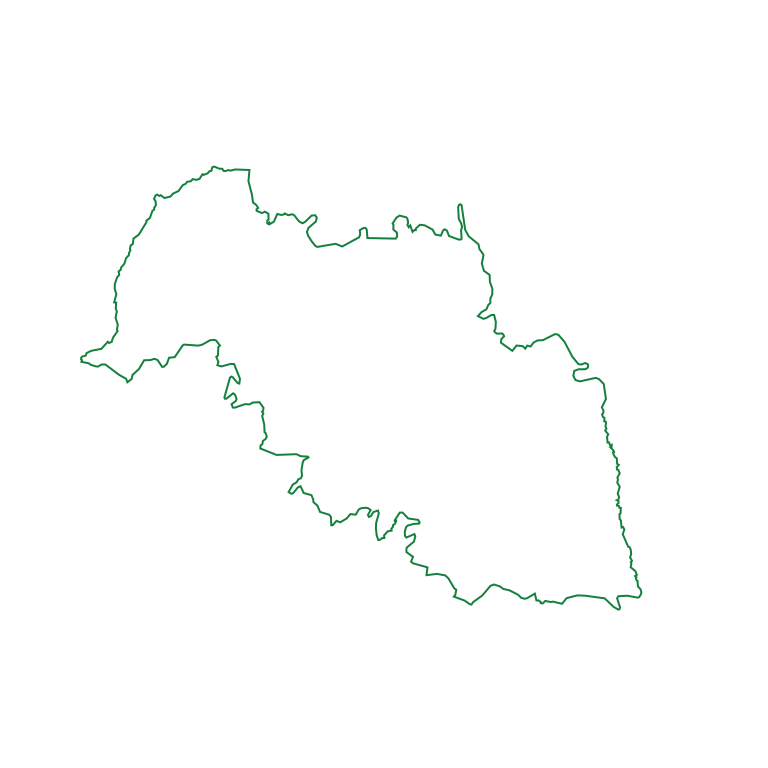 Feshi, Bandundu, Democratic Republic of the Congo, rotated 194°
{"feature_id": "63176286B93121803325272", "entity_name": "Feshi", "entity_type": "district", "adm_level": 2, "iso_a3": "COD", "parent_name": "Democratic Republic of the Congo", "parent_adm1": "Bandundu", "projection": "orthographic", "projection_center": [18.318, -6.306], "detail": "fine", "context": "isolated", "style": "outline", "palette": "green", "viewbox_px": 768, "rotation_deg": 194, "n_neighbors": 0, "source": "geoboundaries", "source_scale": "gbopen_adm2", "svg_char_len": 6152}
<svg xmlns="http://www.w3.org/2000/svg" viewBox="0 0 768 768"><g transform="rotate(194 384 384)"><path d="M450.4,256.0L447.1,255.1L445.7,256.2L442.5,262.9L440.2,264.6L435.6,258.8L427.5,258.6L424.7,254.8L424.0,252.4L419.2,249.9L415.1,244.4L405.5,243.9L403.3,242.1L401.0,234.2L399.7,234.5L397.0,239.7L393.0,239.2L387.6,244.6L385.2,249.6L379.8,250.4L378.1,256.2L376.2,257.9L371.9,259.5L369.3,259.6L366.4,258.4L367.9,253.1L366.4,251.4L364.8,252.6L363.3,257.2L359.3,259.8L357.7,257.2L358.0,247.4L357.0,242.2L354.5,235.4L351.8,231.2L349.9,232.1L348.3,234.3L346.4,234.7L347.3,237.2L344.7,242.0L341.1,243.6L341.9,245.1L340.8,247.5L341.1,249.3L339.7,250.7L339.0,253.3L339.2,254.2L340.4,253.7L340.6,254.4L337.6,263.0L334.8,263.7L328.0,259.4L318.0,260.4L316.0,258.4L316.1,257.1L321.6,255.3L326.7,252.4L328.0,250.4L328.1,245.5L326.8,241.7L325.2,240.4L318.2,245.7L316.8,243.9L316.8,238.3L322.3,230.9L322.3,228.9L321.5,226.3L314.0,223.3L314.8,218.1L312.0,217.0L297.5,216.6L296.5,208.8L286.6,212.6L278.3,213.1L274.5,211.0L266.3,202.7L264.1,201.8L263.8,196.5L264.8,194.6L253.5,193.4L247.5,191.1L245.8,191.1L244.7,194.0L237.5,202.5L231.8,214.0L228.7,216.1L222.4,215.6L218.6,214.0L212.7,214.2L202.9,212.0L199.1,209.7L195.7,209.6L193.3,210.8L186.9,217.1L183.7,210.8L182.0,211.4L179.3,210.5L178.9,209.2L176.8,209.6L175.1,212.5L169.3,212.8L167.6,213.7L158.1,213.8L155.0,220.4L145.2,225.7L137.3,227.3L118.0,229.4L107.3,223.3L102.1,221.8L101.1,222.3L100.9,224.3L106.0,232.5L105.2,234.8L96.8,237.4L86.2,238.1L84.8,239.0L83.9,242.0L83.8,243.9L85.3,246.8L88.6,249.0L90.5,254.5L91.5,254.7L92.7,256.7L92.3,257.5L93.9,258.4L92.5,260.0L94.6,263.1L100.3,265.9L100.6,269.9L101.4,270.7L100.6,272.4L103.3,275.3L103.0,278.7L104.5,282.9L106.1,285.0L107.7,285.2L116.0,296.0L115.6,300.9L117.5,303.1L118.8,302.2L121.1,308.8L122.7,310.0L124.0,314.5L123.2,315.5L124.2,321.1L125.7,320.9L126.5,322.4L128.5,322.4L128.8,323.5L127.7,325.2L128.1,327.2L129.9,327.6L128.8,328.4L128.4,331.0L130.7,334.2L130.4,341.3L133.8,344.7L133.9,348.0L134.9,349.7L133.7,354.4L135.9,357.4L137.2,357.4L138.1,359.7L136.6,362.3L138.5,363.0L140.2,368.3L142.2,369.0L144.3,371.3L145.2,373.0L144.3,373.5L145.4,375.2L148.8,377.1L147.9,377.7L148.3,380.0L149.5,378.9L151.6,381.8L152.9,381.3L154.8,386.6L154.3,389.5L158.1,392.3L157.4,394.5L158.8,396.2L159.2,400.2L159.8,401.2L161.3,401.1L161.9,404.5L163.6,405.0L165.1,407.3L164.2,408.8L164.5,411.1L167.0,414.1L165.0,423.1L170.8,437.2L176.7,440.8L180.0,441.2L194.6,433.9L199.2,434.2L202.3,437.8L202.5,442.8L198.7,445.4L192.0,447.1L190.2,449.2L190.4,451.5L191.2,452.6L193.9,453.0L197.5,450.5L200.3,450.4L207.8,456.0L218.9,468.4L226.6,473.9L230.0,473.9L240.4,465.0L245.6,463.4L248.9,460.4L250.9,455.8L254.3,455.9L255.5,452.5L258.6,454.3L264.7,453.4L267.5,447.2L280.6,452.4L281.0,456.0L279.0,459.4L280.2,460.9L281.6,461.6L286.5,460.2L289.0,461.1L289.9,462.1L289.2,464.4L290.5,471.3L293.9,477.7L296.6,476.9L300.9,472.6L303.3,471.3L309.3,472.6L306.8,477.3L302.8,481.2L301.9,485.9L300.4,488.4L301.5,492.8L300.6,496.9L301.9,502.7L305.9,508.6L307.9,515.4L314.4,518.0L318.2,524.5L318.6,532.9L319.4,534.1L324.1,538.1L326.1,542.4L337.5,547.8L342.5,553.2L352.0,576.3L353.3,576.9L354.6,575.9L354.8,573.4L351.4,562.3L347.7,558.2L346.2,554.8L346.4,551.7L343.8,543.6L344.4,542.8L346.6,542.2L356.7,543.3L360.0,548.0L362.5,548.8L363.8,547.4L364.7,541.7L370.3,541.4L374.3,545.6L383.0,547.8L387.6,547.2L390.6,542.8L390.4,541.0L391.7,540.8L393.1,538.5L396.9,544.2L397.9,542.1L399.8,544.1L399.6,546.5L401.5,550.4L402.6,551.1L409.5,551.2L412.1,548.6L414.5,541.8L413.3,540.7L412.3,536.1L408.2,534.1L406.9,530.4L407.8,527.9L435.4,521.6L438.1,529.6L439.6,530.9L441.5,530.5L444.7,527.4L443.2,523.1L443.7,520.3L457.8,507.3L464.9,508.3L481.8,500.9L484.0,501.4L488.2,504.5L493.5,509.5L495.6,513.0L495.0,517.3L489.4,525.2L489.5,529.2L491.6,531.1L495.0,529.9L499.8,522.2L502.0,520.2L505.9,521.3L512.2,526.2L514.4,526.4L517.8,524.6L521.5,525.5L522.0,524.4L524.4,523.2L528.7,523.1L530.1,514.9L533.6,511.4L534.4,512.8L535.2,511.3L536.2,511.8L536.8,514.4L535.8,515.8L537.4,521.3L541.2,522.4L543.8,520.3L549.4,521.2L550.0,522.6L548.7,524.4L551.6,527.0L555.0,528.4L558.0,535.9L564.6,548.0L566.3,559.1L580.2,556.2L584.6,553.9L587.0,553.9L589.3,552.2L591.2,552.0L593.0,553.7L596.0,553.1L601.2,553.9L602.9,553.0L603.1,549.0L604.9,548.2L606.0,545.8L609.5,543.3L610.5,543.8L611.1,543.1L612.6,538.4L615.4,536.7L619.2,536.5L620.5,534.0L623.9,532.6L624.8,530.3L627.3,528.4L630.1,521.5L634.8,517.7L636.5,514.3L642.1,511.3L646.3,513.2L647.4,512.1L649.9,512.9L651.3,511.5L651.9,508.0L649.9,506.1L648.6,502.7L649.6,499.1L649.2,497.5L650.6,496.0L651.3,488.5L654.1,485.0L653.6,483.7L658.1,469.5L662.2,464.6L661.7,458.9L663.3,457.3L663.3,454.1L662.4,452.2L663.1,449.7L662.7,447.3L664.7,443.8L665.0,438.1L667.3,433.2L667.1,431.1L668.7,429.1L667.3,425.7L668.7,423.1L669.4,415.8L668.2,411.0L665.4,406.4L665.6,397.9L663.5,398.2L662.6,392.5L660.8,389.8L660.5,383.3L656.6,377.1L656.3,372.0L655.3,371.0L658.2,363.3L658.4,359.0L660.7,357.3L662.2,358.2L666.7,349.8L676.2,345.3L680.1,342.0L680.3,339.4L683.6,337.5L684.2,336.0L684.0,334.9L682.7,334.1L683.0,332.4L675.3,332.6L672.7,331.6L667.4,331.4L665.6,331.8L662.8,334.6L659.0,335.5L643.2,328.8L635.5,326.7L633.4,323.6L630.1,327.8L630.2,332.0L625.4,339.2L622.5,349.0L616.5,350.7L612.8,352.9L609.5,352.5L603.4,347.0L602.0,347.3L599.6,350.9L598.9,357.5L593.6,359.4L588.6,372.9L587.5,373.9L573.5,376.3L570.0,378.1L563.2,384.5L559.2,385.8L557.3,385.5L552.5,381.6L553.7,379.7L552.0,371.5L553.3,369.8L550.0,365.3L550.2,361.9L546.1,361.7L537.6,366.4L534.3,367.1L525.0,354.2L524.5,349.4L526.1,349.4L532.3,353.9L533.8,354.3L535.0,352.9L535.6,332.3L534.7,331.2L533.3,331.7L528.1,338.5L525.9,337.5L523.4,333.7L523.5,332.0L527.0,327.5L525.0,324.6L523.1,324.9L514.4,330.6L509.4,331.8L507.0,334.2L500.4,336.2L495.2,331.8L494.8,328.7L495.6,327.6L493.9,326.2L494.5,323.6L490.4,315.7L488.2,308.2L487.0,307.8L485.0,304.5L485.6,302.0L487.7,299.5L487.5,296.2L488.9,294.7L488.4,291.5L471.1,289.2L452.0,294.7L447.3,293.8L440.3,295.1L439.5,294.4L443.3,290.9L443.9,288.6L443.2,280.2L441.3,275.2L441.9,272.4L444.0,270.9L445.1,267.4L448.2,264.3L450.4,256.0Z" fill="none" stroke="#15803d" stroke-width="2"/></g></svg>